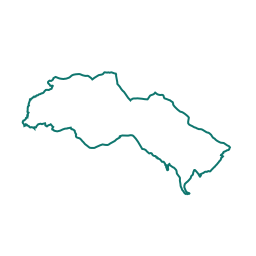 Vadu Izei, Maramures, Romania (Equal Earth projection), rotated 14°
{"feature_id": "2599482B57723077466528", "entity_name": "Vadu Izei", "entity_type": "district", "adm_level": 2, "iso_a3": "ROU", "parent_name": "Romania", "parent_adm1": "Maramures", "projection": "equal_earth", "projection_center": [23.953, 47.876], "detail": "fine", "context": "isolated", "style": "outline", "palette": "teal", "viewbox_px": 256, "rotation_deg": 14, "n_neighbors": 0, "source": "geoboundaries", "source_scale": "gbopen_adm2", "svg_char_len": 5756}
<svg xmlns="http://www.w3.org/2000/svg" viewBox="0 0 256 256"><g transform="rotate(14 128 128)"><path d="M90.8,154.3L92.0,154.8L95.3,156.3L95.7,156.4L97.4,156.2L100.3,155.4L101.8,154.1L104.4,152.1L105.0,151.6L107.3,150.1L109.9,149.9L111.0,149.7L112.0,149.5L112.8,149.1L113.3,148.7L114.5,147.3L118.3,143.8L119.6,141.8L122.3,139.2L122.4,138.8L122.5,138.6L122.0,138.1L122.2,137.8L124.4,136.6L129.9,135.4L132.1,134.4L133.6,134.1L134.5,134.2L135.4,134.6L138.2,136.5L141.1,139.0L146.9,144.9L148.8,144.7L150.5,145.1L151.9,146.1L154.6,147.5L154.9,147.5L155.9,146.9L156.4,146.8L157.3,147.0L158.0,147.9L158.9,148.5L159.7,148.7L160.5,148.8L161.5,148.6L162.0,148.9L162.5,149.6L162.7,149.8L163.3,149.7L163.5,149.5L163.9,149.8L163.9,150.3L164.0,150.4L164.7,150.1L165.5,150.5L166.7,150.7L167.8,151.5L169.1,152.5L169.3,152.6L170.4,152.2L170.8,152.2L171.1,152.4L171.9,153.2L172.4,153.4L172.6,153.6L172.7,154.0L173.3,155.1L173.6,155.2L174.0,155.0L174.5,156.8L174.8,157.2L175.2,157.4L175.3,157.6L175.4,158.0L175.8,158.7L176.2,159.3L176.4,159.4L176.8,159.2L177.0,158.9L177.0,158.5L176.9,158.0L176.5,157.4L176.3,156.6L175.9,154.3L176.6,153.2L176.9,152.9L177.8,154.1L178.4,154.2L180.9,155.2L181.9,155.3L182.9,155.8L184.6,156.9L185.2,157.5L185.9,158.9L186.2,159.9L186.7,160.6L190.1,163.4L190.5,164.0L191.1,166.6L192.5,169.8L193.0,171.3L193.5,172.2L194.3,173.1L195.5,174.9L196.8,175.8L198.6,177.5L199.7,178.0L200.2,177.4L201.4,177.9L201.9,177.6L203.3,177.0L203.4,176.6L203.1,176.4L201.2,176.3L200.3,175.9L199.4,175.2L198.5,174.0L197.1,172.1L196.7,170.6L196.7,169.0L196.8,168.4L198.0,166.5L198.8,165.5L199.9,163.5L200.9,161.5L201.0,159.5L201.3,158.9L202.1,157.8L202.2,157.4L202.1,154.9L202.3,154.2L202.3,153.2L202.4,152.9L202.6,152.7L203.1,152.6L203.5,152.8L204.9,153.7L207.2,155.4L209.4,157.7L209.6,157.8L209.8,157.7L210.2,156.3L209.4,155.4L212.0,153.4L213.2,152.0L214.2,151.5L215.1,151.5L216.3,150.4L218.0,150.3L218.4,150.0L219.1,148.5L220.6,146.0L220.9,145.4L221.7,144.4L222.0,143.5L223.0,141.9L223.8,140.1L224.0,139.9L224.7,138.0L225.4,137.1L225.8,135.3L225.6,134.7L225.7,134.4L226.6,133.4L227.0,132.5L226.4,132.3L224.8,132.0L224.9,131.4L225.4,131.0L226.5,129.2L226.3,129.0L226.3,128.7L226.8,127.9L227.6,127.3L228.2,127.0L229.4,125.7L230.7,125.1L231.2,124.5L231.4,123.8L231.3,123.2L231.5,122.7L231.6,122.1L230.3,121.2L228.6,120.9L224.5,119.4L221.5,119.8L219.8,119.5L217.6,118.9L215.9,118.2L214.7,117.4L212.8,116.8L211.5,115.7L210.3,114.5L208.4,113.5L207.2,113.1L206.4,113.2L205.2,113.1L200.5,111.6L199.1,111.5L196.6,112.0L196.0,111.8L194.9,111.7L193.6,111.3L192.2,111.3L189.8,110.6L187.6,110.2L186.4,109.8L185.4,109.0L185.2,108.7L184.8,107.0L184.6,103.8L184.5,103.2L184.1,102.8L183.2,102.2L181.9,101.5L179.5,100.4L177.5,99.7L176.5,99.5L175.0,99.5L174.4,99.4L171.6,98.1L168.2,96.1L166.9,95.1L166.2,94.4L165.7,93.0L165.4,92.6L164.9,92.0L164.2,91.9L161.8,90.9L161.5,91.0L158.6,90.6L156.2,90.4L155.4,89.5L154.7,88.2L154.3,87.8L153.7,87.6L153.0,87.6L151.3,88.2L150.1,88.3L148.4,88.2L145.8,87.1L145.1,88.5L144.2,89.4L142.1,90.8L141.6,91.3L140.1,95.4L140.0,95.5L137.1,96.0L134.8,96.2L130.1,96.9L128.0,97.6L127.0,97.8L126.1,98.1L125.2,98.6L124.8,99.2L124.2,99.6L123.9,100.0L123.7,100.6L120.8,98.7L117.1,95.4L115.2,93.8L113.9,93.2L112.0,91.8L110.0,89.9L107.0,87.8L106.5,86.1L103.8,80.2L103.5,78.9L103.0,78.2L101.6,78.3L98.9,78.0L98.5,78.0L97.3,78.5L96.8,78.8L95.4,78.8L94.4,79.3L91.9,79.6L91.5,79.9L90.7,81.6L90.3,82.0L89.4,82.6L87.8,83.3L86.8,83.8L83.1,87.6L82.4,88.6L81.6,89.5L81.0,89.0L79.8,88.3L77.1,87.2L76.3,87.1L74.3,87.7L73.3,87.8L71.2,87.8L69.3,87.5L68.3,87.4L67.4,87.5L64.4,88.5L62.4,89.4L61.5,90.0L60.8,90.6L59.9,91.8L59.5,92.5L58.5,93.5L56.5,94.8L55.8,95.2L55.0,95.4L53.8,96.0L52.1,96.3L49.9,96.5L48.4,96.4L45.7,96.0L45.3,96.0L43.6,97.7L43.5,99.0L43.2,99.6L42.2,100.8L41.8,101.0L40.5,101.0L40.2,101.3L39.7,101.9L39.3,102.7L39.4,103.3L39.6,103.7L40.2,104.2L41.4,104.8L42.3,105.8L42.7,105.8L43.2,105.7L44.3,105.2L44.6,105.2L44.8,105.3L44.8,105.6L44.4,107.2L44.4,108.1L44.3,108.4L42.6,109.6L42.0,110.3L40.6,110.5L39.1,110.9L38.1,112.5L37.6,113.9L37.2,114.4L36.7,114.9L35.5,115.4L34.9,116.2L33.5,116.9L33.3,117.1L32.7,118.0L32.3,118.3L31.6,118.4L31.0,119.1L30.8,119.9L30.4,120.1L29.6,120.1L29.2,120.2L29.1,120.5L29.1,121.0L28.2,121.4L27.6,122.6L27.0,123.0L26.9,123.5L26.3,123.7L26.1,123.8L26.4,124.3L26.0,124.5L26.1,125.4L25.9,127.1L25.9,127.6L25.8,128.6L25.8,129.0L26.5,130.2L25.9,130.9L25.7,131.4L25.9,132.3L25.8,132.8L26.3,134.7L26.5,136.6L26.6,136.8L27.0,137.1L27.6,137.0L27.8,137.1L27.5,138.3L27.5,138.7L27.2,139.1L27.2,139.3L27.4,139.2L27.6,139.3L27.7,140.2L27.9,140.4L27.9,140.6L27.5,140.8L27.4,141.3L27.5,141.8L27.8,142.2L26.8,142.7L26.7,142.8L26.9,143.1L26.9,143.4L26.7,143.6L26.3,144.5L25.8,145.2L25.6,145.6L25.4,145.8L25.1,145.9L24.7,146.1L24.5,146.7L24.4,147.5L24.4,147.9L24.6,148.1L24.8,148.6L25.3,148.9L26.7,150.1L26.7,150.7L26.9,151.1L27.4,150.6L28.1,150.4L28.1,149.1L29.1,149.3L30.1,150.0L31.1,150.1L31.6,150.3L32.0,150.8L32.7,151.1L33.4,151.0L33.7,150.8L33.8,150.6L34.9,150.5L35.6,150.5L36.0,150.7L37.0,150.9L37.3,151.1L37.1,150.4L37.1,149.9L38.0,149.8L38.6,149.6L38.8,148.4L40.0,146.1L41.9,145.1L42.3,145.0L43.6,145.1L44.1,144.7L46.4,143.5L47.0,144.6L47.2,145.5L48.3,145.9L48.6,145.8L49.0,146.0L50.1,144.6L51.4,143.8L52.1,143.1L54.5,144.8L55.2,145.1L54.6,146.7L54.7,147.5L54.9,147.8L55.2,147.9L56.0,147.8L56.8,148.4L57.6,148.5L59.8,148.4L60.3,148.3L62.8,147.0L65.0,145.2L67.0,143.9L69.1,143.2L69.3,142.9L69.9,142.7L72.4,141.5L73.0,142.5L73.4,142.8L73.8,142.8L74.4,142.6L74.7,142.8L75.6,142.9L76.7,143.4L77.0,143.6L77.2,144.4L77.8,145.0L78.4,146.1L79.0,146.4L79.2,146.6L79.3,148.1L79.6,148.8L80.1,149.3L80.5,149.5L82.3,149.7L83.5,149.7L84.6,150.2L85.4,150.7L87.3,152.1L88.0,152.4L90.0,153.9L90.8,154.3Z" fill="none" stroke="#0f766e" stroke-width="2"/></g></svg>